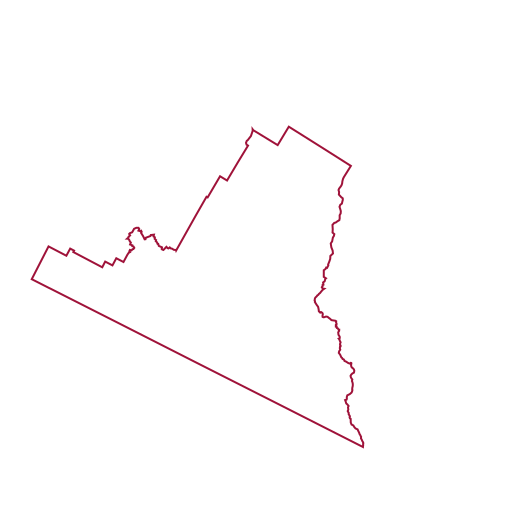 outline of Southeast Fairbanks, Alaska, United States of America, rotated 119°
{"feature_id": "52423323B90612116886659", "entity_name": "Southeast Fairbanks", "entity_type": "district", "adm_level": 2, "iso_a3": "USA", "parent_name": "United States of America", "parent_adm1": "Alaska", "projection": "albers", "projection_center": [-143.381, 63.872], "detail": "fine", "context": "isolated", "style": "outline", "palette": "rose", "viewbox_px": 512, "rotation_deg": 119, "n_neighbors": 0, "source": "geoboundaries", "source_scale": "gbopen_adm2", "svg_char_len": 3905}
<svg xmlns="http://www.w3.org/2000/svg" viewBox="0 0 512 512"><g transform="rotate(119 256 256)"><path d="M131.2,216.7L129.0,254.1L127.0,290.0L148.5,290.8L147.3,319.3L146.8,320.4L148.1,319.6L153.5,318.6L158.6,319.4L159.8,319.9L161.9,319.6L163.2,318.2L163.3,316.5L183.0,317.3L203.2,317.9L204.0,317.9L203.7,326.1L228.2,326.7L228.2,328.0L250.1,328.3L289.9,328.5L289.5,328.9L290.4,330.7L290.3,333.2L290.7,334.2L290.3,335.6L291.8,336.2L292.0,337.1L291.4,338.8L295.6,339.9L295.8,341.1L295.6,341.9L294.0,342.4L294.3,345.9L292.8,347.4L293.1,348.0L292.0,349.3L291.6,350.9L290.5,351.1L290.1,353.0L288.7,353.5L288.6,355.1L286.8,355.6L288.7,358.2L289.7,358.0L293.4,361.2L294.9,360.8L295.4,361.5L293.4,364.3L291.5,367.7L290.3,367.7L289.6,368.7L290.4,369.2L290.8,371.1L289.0,371.2L288.3,372.5L289.3,374.3L291.3,375.8L295.3,375.8L297.2,377.4L298.2,377.6L299.0,376.1L301.0,376.8L301.6,376.5L303.3,377.1L302.9,376.3L303.3,374.8L304.4,373.4L304.9,372.0L307.0,371.7L306.6,369.3L307.4,368.9L307.1,367.7L307.9,366.4L309.4,366.6L309.9,367.3L311.5,367.6L311.8,369.2L313.2,369.1L313.7,368.1L314.9,368.9L317.2,369.1L325.5,369.0L325.7,377.1L333.8,377.0L334.0,385.2L340.4,385.0L341.1,417.7L339.5,417.7L339.6,422.1L347.7,422.0L348.2,442.1L385.0,440.9L384.3,421.5L384.2,420.1L381.4,345.5L378.2,257.2L374.7,165.1L371.2,69.9L371.0,70.0L369.4,70.6L368.3,71.3L367.6,71.4L366.8,72.4L366.2,73.5L365.5,74.3L364.6,75.8L363.2,76.4L362.8,77.1L362.2,77.8L361.6,79.0L360.5,80.2L359.2,82.1L358.4,83.1L358.6,85.3L357.9,87.2L357.0,88.7L357.1,90.7L355.7,92.4L353.3,93.8L352.5,94.3L352.4,95.2L351.6,96.0L350.6,96.2L349.4,98.3L348.3,98.8L347.9,99.5L347.2,100.6L345.6,100.8L343.7,102.2L342.3,102.3L341.5,104.2L341.2,105.6L340.2,106.6L339.3,107.6L338.8,108.2L337.8,107.2L336.9,107.3L335.4,108.2L333.6,108.6L332.5,107.8L331.3,107.0L330.2,106.6L329.1,106.2L328.1,106.3L327.4,106.4L326.5,106.7L326.4,107.0L324.8,107.8L322.7,108.4L321.0,109.3L319.8,110.3L318.8,111.5L317.3,111.9L316.9,112.9L316.2,114.1L315.0,115.2L313.5,115.2L311.9,114.7L310.5,113.8L308.7,114.4L307.7,115.4L307.2,116.8L307.0,118.3L306.1,119.4L305.1,120.1L303.9,120.4L303.4,120.8L303.5,121.3L303.9,121.4L304.5,121.8L304.7,122.0L304.8,122.9L304.9,123.8L304.8,124.6L304.7,126.1L304.9,127.7L304.4,128.2L303.9,129.2L304.1,130.3L303.4,131.3L303.3,132.2L302.4,133.4L301.5,134.6L300.6,136.6L299.0,137.1L297.1,136.9L296.0,138.0L294.7,138.5L294.8,138.3L294.1,138.2L293.3,138.6L292.7,139.6L291.7,140.0L290.4,140.2L289.9,141.1L289.4,141.7L288.6,142.6L288.2,143.5L287.6,142.9L286.9,143.1L285.9,143.8L284.9,145.7L282.9,147.1L281.1,147.0L280.1,147.5L280.4,148.1L279.6,149.4L279.8,150.3L279.4,151.0L278.9,151.0L278.4,151.5L278.8,152.1L277.5,152.8L276.4,152.5L275.0,154.0L274.2,154.2L274.1,155.0L274.5,156.2L275.0,157.5L275.5,158.9L275.0,160.8L274.8,162.5L274.5,163.9L275.0,165.4L276.4,166.6L276.9,167.3L277.0,168.2L276.2,168.8L274.4,169.4L273.6,170.4L273.5,171.3L273.5,172.0L274.4,172.4L273.9,174.2L272.1,175.5L270.3,177.1L269.5,178.9L268.7,180.4L267.7,182.2L267.2,182.3L266.8,182.6L266.5,183.2L265.9,183.4L265.1,183.7L264.5,183.9L263.6,183.9L262.9,183.7L262.3,183.5L261.7,183.3L260.8,183.3L259.8,182.7L258.7,182.6L257.2,182.0L255.7,181.8L253.3,181.3L251.6,180.5L252.1,182.0L251.4,183.3L250.1,183.1L249.1,183.7L248.4,183.1L246.6,184.5L244.9,183.7L242.4,184.3L241.6,184.0L241.4,186.6L235.6,189.8L233.6,188.9L232.1,189.0L231.9,188.1L229.1,188.2L228.5,188.8L225.2,189.2L222.5,189.7L219.9,191.0L216.5,189.9L214.1,191.6L211.9,194.3L208.8,196.7L206.3,196.5L202.6,197.7L200.7,197.6L198.9,198.1L198.4,200.4L195.5,201.8L191.7,204.2L189.1,203.6L188.1,202.5L186.1,201.6L184.3,200.5L182.6,201.0L179.8,202.6L177.7,202.6L175.6,203.6L174.0,205.2L172.5,206.8L170.3,207.1L168.5,206.3L166.8,206.8L164.8,207.3L163.5,208.1L163.2,210.0L162.1,213.3L159.8,214.3L158.3,215.8L156.7,216.0L154.1,215.6L152.8,215.5L150.9,215.8L148.7,216.7L146.3,217.3L144.4,217.4L131.2,216.7Z" fill="none" stroke="#9f1239" stroke-width="2"/></g></svg>